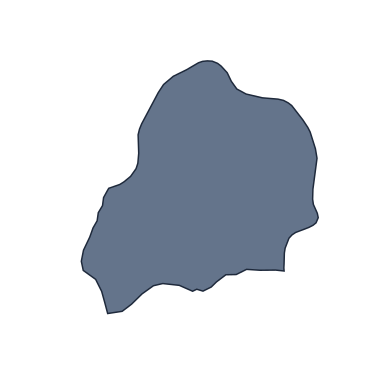 the district of Sangwon, P'yŏngyang, North Korea, rotated 243°
{"feature_id": "82179303B39263220364420", "entity_name": "Sangwon", "entity_type": "district", "adm_level": 2, "iso_a3": "PRK", "parent_name": "North Korea", "parent_adm1": "P'yŏngyang", "projection": "natural_earth1", "projection_center": [126.045, 38.858], "detail": "fine", "context": "isolated", "style": "filled", "palette": "slate", "viewbox_px": 384, "rotation_deg": 243, "n_neighbors": 0, "source": "geoboundaries", "source_scale": "gbopen_adm2", "svg_char_len": 1141}
<svg xmlns="http://www.w3.org/2000/svg" viewBox="0 0 384 384"><g transform="rotate(243 192 192)"><path d="M86.0,241.3L95.7,246.6L99.7,249.5L106.8,257.4L108.4,261.7L108.9,266.0L107.4,279.9L107.4,284.7L108.2,288.5L111.8,292.8L116.2,294.0L125.8,294.5L130.8,296.2L139.6,301.0L165.3,318.7L174.5,321.6L191.8,324.5L196.8,324.5L205.8,323.5L223.7,320.1L227.7,318.2L232.1,315.1L235.7,310.8L244.0,297.4L254.7,284.7L263.4,278.7L272.6,277.3L273.6,277.3L282.3,277.5L291.0,275.1L295.0,273.2L299.4,269.4L301.9,265.1L303.6,260.7L304.2,256.4L303.4,242.5L303.6,227.9L300.7,215.5L295.9,207.1L275.6,178.1L271.9,173.8L267.5,170.0L250.7,162.1L242.2,156.8L238.2,152.8L233.8,144.4L231.9,135.8L231.5,131.0L233.1,119.5L231.0,116.3L227.2,110.7L220.5,106.1L216.1,99.1L209.4,94.4L204.9,87.5L198.3,80.5L189.4,68.9L181.5,62.7L180.4,61.9L171.5,59.5L157.9,66.5L144.5,66.4L133.2,64.1L122.0,61.7L117.4,75.6L119.5,87.2L123.9,101.2L126.0,115.1L123.7,124.4L114.6,138.3L103.3,147.5L103.2,152.1L98.7,156.8L98.6,166.0L100.8,173.0L102.9,184.6L98.4,193.9L98.3,205.5L91.4,217.1L84.5,231.0L79.8,238.2L82.7,239.4L86.0,241.3Z" fill="#64748b" stroke="#1e293b" stroke-width="1.5"/></g></svg>